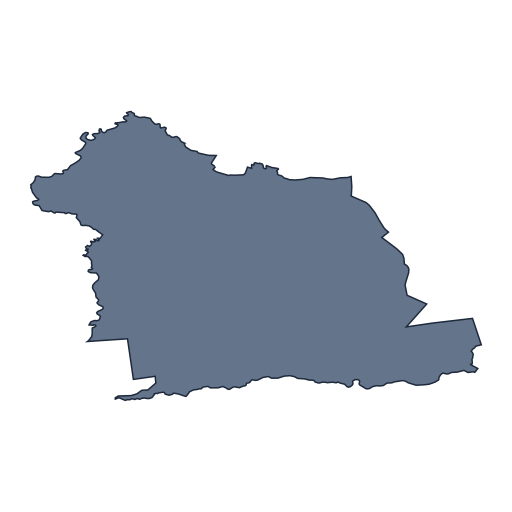 Jeru pag., Rujienas, Latvia (Equal Earth projection)
{"feature_id": "27541924B27109633258340", "entity_name": "Jeru pag.", "entity_type": "district", "adm_level": 2, "iso_a3": "LVA", "parent_name": "Latvia", "parent_adm1": "Rujienas", "projection": "equal_earth", "projection_center": [25.326, 57.845], "detail": "fine", "context": "isolated", "style": "filled", "palette": "slate", "viewbox_px": 512, "rotation_deg": 0, "n_neighbors": 0, "source": "geoboundaries", "source_scale": "gbopen_adm2", "svg_char_len": 5943}
<svg xmlns="http://www.w3.org/2000/svg" viewBox="0 0 512 512"><path d="M115.3,399.1L118.9,397.7L125.3,400.4L127.6,399.6L129.8,399.8L131.5,398.9L132.4,398.8L134.9,399.5L137.2,398.5L139.6,399.3L141.7,398.4L144.4,398.0L147.5,398.6L149.8,398.4L152.1,397.5L154.4,394.5L154.1,394.0L154.5,393.7L156.5,393.3L157.5,393.6L159.0,392.8L163.5,392.2L164.5,392.7L165.1,394.1L168.6,395.1L169.7,395.1L172.6,394.2L173.0,393.5L173.4,393.2L174.6,393.3L178.4,394.0L185.6,396.4L186.4,396.1L189.7,391.7L193.5,389.9L197.5,389.4L199.5,388.8L201.0,388.9L203.3,387.0L207.8,386.4L210.6,387.9L218.2,387.8L222.8,386.5L226.4,388.1L227.6,389.1L229.4,389.4L233.3,387.0L234.9,386.9L239.5,387.7L243.2,386.1L244.9,385.9L246.0,385.2L246.4,383.6L247.0,383.1L249.1,382.8L250.1,382.0L251.0,380.6L252.5,379.7L255.1,380.4L257.6,380.1L263.1,377.4L268.0,376.6L269.3,376.9L270.8,377.9L271.9,378.2L278.0,378.1L284.4,376.1L290.0,375.7L294.5,376.7L297.6,378.4L304.5,378.9L309.2,380.1L313.3,380.2L314.5,381.1L315.1,382.0L318.0,382.9L319.7,383.0L321.2,382.4L324.4,382.1L327.3,382.7L332.3,382.2L336.3,382.8L337.3,382.1L338.4,382.3L340.6,383.2L344.6,384.2L347.1,386.7L348.3,387.2L350.2,386.7L352.3,385.1L353.0,383.7L352.6,381.5L353.2,380.7L354.9,379.7L357.8,379.6L358.9,380.1L359.7,381.3L359.1,383.9L359.8,385.0L365.8,388.6L367.2,388.9L369.6,388.5L372.6,386.6L376.7,385.7L379.5,386.0L383.4,385.5L386.9,383.1L392.0,382.8L394.2,381.9L402.5,380.6L405.1,381.0L408.2,382.8L416.0,385.2L424.0,384.8L429.1,384.2L434.8,382.2L438.4,380.1L438.9,379.3L438.8,378.1L439.1,377.2L440.2,375.4L441.2,374.2L442.9,373.1L446.4,373.9L448.2,373.9L451.7,372.4L457.3,372.1L464.0,370.4L468.0,372.5L472.9,371.8L474.9,372.3L477.8,368.5L470.9,364.8L470.6,364.3L472.1,363.9L472.3,362.6L472.0,359.2L472.6,358.1L473.2,354.3L472.4,352.5L471.2,351.2L472.6,349.3L474.8,347.6L475.7,346.2L481.3,344.8L472.5,318.4L432.3,323.1L406.3,326.9L426.7,304.0L407.1,295.3L405.1,285.1L405.7,282.3L408.6,272.9L408.9,269.3L408.1,267.1L406.9,265.6L404.4,264.0L403.9,258.2L402.6,254.4L396.6,248.7L381.8,237.5L388.5,232.1L385.6,229.7L383.8,227.6L379.2,220.3L375.1,212.9L369.3,205.3L366.0,202.5L351.3,196.1L351.8,186.7L351.1,176.5L347.7,177.5L340.3,177.8L332.3,179.4L326.4,178.8L323.2,178.0L310.0,177.5L303.2,179.3L295.2,180.0L289.4,179.7L286.7,178.6L284.8,178.4L281.5,175.8L278.2,174.9L277.5,174.1L277.6,172.7L276.7,170.7L278.4,169.3L278.4,168.9L277.6,168.4L271.8,167.5L266.6,165.6L266.0,166.2L266.5,167.7L266.4,168.2L265.3,168.8L263.5,167.9L263.0,165.2L262.3,164.1L259.6,163.2L258.1,163.6L255.4,162.7L254.0,163.3L254.2,164.6L253.8,165.1L251.7,164.6L251.5,165.3L251.6,168.3L247.5,167.1L245.4,173.0L243.6,174.8L234.7,175.2L230.1,175.0L228.8,175.5L217.8,172.3L216.0,171.6L213.0,169.5L215.0,167.4L214.1,165.8L211.9,164.3L211.3,163.3L216.3,155.5L208.4,155.3L198.2,153.0L197.1,151.5L190.8,150.3L185.4,146.7L184.1,143.2L184.5,143.1L181.2,141.6L180.0,139.9L179.7,138.7L177.3,136.9L176.2,136.5L173.6,137.2L171.8,137.3L169.6,135.6L167.4,134.9L165.1,130.7L166.1,128.8L166.1,128.1L165.7,127.6L164.5,127.2L160.8,128.0L160.3,127.6L160.0,124.7L159.7,124.0L158.6,123.8L156.1,124.3L154.7,123.9L151.6,120.7L150.8,119.1L150.1,118.3L144.2,117.1L139.8,117.5L138.2,117.1L136.7,116.3L134.8,115.8L134.3,115.1L134.4,113.9L134.1,113.4L131.8,112.5L131.3,111.6L129.7,111.6L126.6,112.7L126.9,113.3L128.4,114.6L127.9,115.7L124.9,116.0L124.4,116.2L123.4,117.5L124.1,119.0L126.7,120.8L126.5,121.4L124.9,122.0L122.8,121.8L120.0,122.5L115.4,122.9L115.0,123.4L115.2,123.9L117.7,124.5L118.0,125.1L117.6,126.0L114.8,128.0L107.4,130.1L106.7,130.6L106.0,131.8L104.4,132.7L103.2,132.5L101.9,131.5L101.3,130.4L101.2,129.3L100.4,128.9L99.5,129.0L99.0,130.8L99.7,132.2L99.3,132.9L97.4,133.6L94.2,133.6L92.5,134.5L92.9,135.5L95.4,137.7L94.8,138.8L93.5,139.6L91.5,140.3L90.2,140.2L87.7,139.5L86.2,138.5L85.9,137.5L86.1,135.9L88.0,134.1L88.2,133.5L87.9,132.7L85.5,132.5L82.9,134.1L80.4,137.8L80.3,138.6L81.8,140.2L85.2,142.1L85.7,143.0L85.6,143.8L83.1,147.7L81.8,149.2L79.6,150.8L75.8,152.3L75.2,152.9L75.8,153.6L80.4,155.9L81.0,156.7L81.0,157.9L79.6,159.8L78.4,160.8L74.6,163.4L70.6,165.6L67.5,169.6L63.7,170.3L63.0,170.8L62.8,171.4L63.5,172.9L63.1,173.6L61.0,174.0L55.0,173.5L54.2,173.9L51.8,176.4L49.1,177.3L41.7,177.2L38.4,176.0L36.5,176.2L35.4,177.1L35.0,180.1L33.1,182.8L30.7,184.9L31.2,186.3L30.8,187.8L31.6,189.1L32.5,192.3L36.5,197.8L38.4,198.9L38.7,199.5L37.7,200.3L33.3,201.3L32.6,201.9L33.0,203.7L34.0,204.6L35.2,205.1L39.2,205.7L42.0,210.5L48.4,211.7L51.0,211.0L54.5,213.1L55.2,212.9L55.9,212.1L64.6,212.7L65.1,213.4L65.8,213.6L68.8,212.6L72.0,213.9L76.2,214.1L76.9,214.7L77.0,215.4L76.3,217.6L80.0,221.8L80.7,224.3L81.3,225.2L82.8,225.5L85.9,225.4L89.1,225.9L91.7,227.5L93.6,229.3L95.3,229.4L97.5,230.7L97.4,231.0L102.7,234.8L99.8,238.7L98.2,238.1L97.4,238.3L99.0,239.9L99.0,240.4L98.5,240.8L97.8,240.9L96.4,239.8L94.1,239.2L93.9,239.5L94.3,240.1L95.3,240.5L95.5,241.0L95.3,241.4L93.8,241.9L90.9,241.2L90.6,241.6L90.6,241.9L91.7,242.8L91.3,244.8L89.6,246.4L87.5,245.5L85.6,247.1L86.7,249.1L88.1,249.1L88.2,249.3L87.6,249.8L85.9,249.9L85.6,250.4L88.0,251.6L88.1,252.7L87.3,253.1L86.2,254.8L85.7,255.1L83.7,254.8L83.1,255.3L85.2,256.6L86.9,256.4L88.5,256.9L91.5,260.8L91.7,261.8L91.4,263.0L92.0,265.6L91.3,267.4L92.5,268.7L91.7,269.4L89.3,269.6L88.5,270.1L88.1,271.0L88.4,271.7L90.5,272.7L96.3,273.0L97.6,274.5L98.9,276.7L98.7,278.5L98.1,280.0L94.9,282.7L92.9,285.1L92.5,287.7L93.3,289.6L95.5,293.0L96.1,297.2L98.6,299.7L98.4,301.1L97.1,302.5L97.2,303.3L99.1,305.0L102.8,306.7L103.2,307.8L103.0,308.6L101.9,309.6L98.1,311.3L97.1,312.1L96.7,312.8L97.2,314.0L99.2,315.2L100.4,316.4L99.6,319.0L98.8,320.1L96.9,320.7L94.5,320.5L91.2,321.7L90.6,322.2L89.0,324.9L93.0,325.3L93.7,324.7L94.6,324.8L95.6,325.2L95.9,325.9L94.6,327.0L92.2,328.1L92.2,333.5L91.7,336.6L88.5,340.7L87.4,341.5L127.5,338.8L133.4,379.4L155.2,376.3L155.8,383.1L147.5,390.2L147.0,390.0L141.8,390.3L136.8,393.9L131.0,395.6L118.2,396.0L115.2,397.9L115.3,399.1Z" fill="#64748b" stroke="#1e293b" stroke-width="1.5"/></svg>